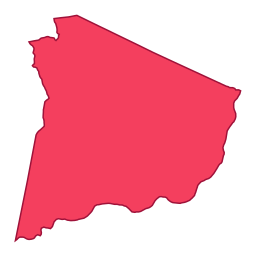 Barão de Grajaú, Maranhão, Brazil (Natural Earth projection)
{"feature_id": "56859067B33143624051874", "entity_name": "Barão de Grajaú", "entity_type": "district", "adm_level": 2, "iso_a3": "BRA", "parent_name": "Brazil", "parent_adm1": "Maranhão", "projection": "natural_earth1", "projection_center": [-43.215, -6.594], "detail": "fine", "context": "isolated", "style": "filled", "palette": "rose", "viewbox_px": 256, "rotation_deg": 0, "n_neighbors": 0, "source": "geoboundaries", "source_scale": "gbopen_adm2", "svg_char_len": 2718}
<svg xmlns="http://www.w3.org/2000/svg" viewBox="0 0 256 256"><path d="M234.8,88.5L232.8,87.7L229.6,87.6L228.2,86.7L226.2,86.2L205.4,76.6L172.2,61.3L152.8,52.3L141.2,46.6L139.8,45.9L112.1,32.5L110.1,31.5L107.2,30.1L98.2,25.8L76.9,15.4L75.0,15.7L68.9,16.9L61.3,17.7L54.0,18.6L54.3,20.8L54.7,22.1L55.7,23.5L56.3,25.6L56.9,27.9L57.1,30.2L56.9,32.2L57.6,33.5L59.2,34.3L58.5,35.8L58.6,37.2L57.9,38.6L56.9,39.5L56.0,40.5L54.9,39.7L54.3,38.2L53.2,37.8L49.9,37.4L48.6,36.7L47.2,36.6L46.1,36.9L44.6,37.5L43.5,37.7L41.7,38.0L40.5,38.5L39.5,39.6L38.2,40.2L36.2,40.5L33.4,41.0L29.0,41.9L30.0,43.7L31.1,44.8L32.6,45.8L34.0,48.2L33.9,49.9L33.4,51.6L33.1,52.9L34.6,54.7L34.9,56.1L34.2,58.9L34.4,61.5L34.4,63.7L33.3,64.5L32.4,65.7L33.6,67.0L35.3,67.2L36.9,68.0L37.6,69.9L38.7,71.4L38.9,73.3L39.9,76.6L40.6,77.8L41.8,79.2L42.2,81.5L42.6,83.7L43.5,85.6L44.5,87.1L45.3,89.0L46.4,91.1L47.2,94.3L48.2,95.7L49.0,98.2L47.8,99.4L46.6,100.1L44.9,101.8L44.6,103.4L43.7,108.4L43.4,109.7L43.4,111.9L43.2,115.1L43.1,117.6L43.8,119.5L44.1,121.2L44.1,122.7L44.3,124.6L44.2,126.3L40.3,129.9L39.2,130.7L38.1,131.8L37.1,133.1L36.1,135.0L27.4,181.0L15.4,240.6L17.0,239.4L17.9,238.4L19.0,237.5L20.0,237.1L22.6,237.1L24.0,237.3L26.6,238.8L28.1,239.3L29.4,239.4L31.7,239.1L33.6,238.5L34.5,237.8L35.6,236.0L37.7,234.7L40.2,235.7L41.1,234.5L41.4,232.8L40.9,229.9L41.4,228.2L43.8,227.1L46.0,227.8L48.1,228.0L50.5,228.6L52.4,226.6L54.1,221.8L56.3,219.4L58.4,218.7L62.1,219.4L64.8,219.1L67.3,220.1L70.8,220.6L74.7,220.4L77.3,219.9L78.4,219.4L81.5,218.7L83.9,218.2L86.5,216.6L87.5,215.9L89.5,213.8L90.5,212.8L91.8,211.3L94.6,206.2L96.9,204.8L98.8,204.7L102.2,203.9L108.3,203.3L110.0,203.4L114.5,204.3L117.1,204.3L119.5,204.9L122.4,205.0L124.2,205.9L126.1,206.3L128.8,208.6L132.0,211.9L134.9,212.3L136.4,211.9L138.7,211.9L140.7,211.4L145.8,208.6L148.8,207.8L150.6,206.8L152.3,205.4L155.1,200.6L156.8,198.8L159.5,196.7L161.5,196.6L163.0,197.0L165.2,197.1L166.7,197.8L168.1,199.7L169.7,201.0L171.1,201.9L172.8,202.6L175.6,202.9L177.6,203.1L178.7,203.2L180.2,203.3L181.8,202.8L183.1,202.6L184.7,202.3L186.5,201.7L188.5,200.8L189.7,200.3L190.8,199.2L192.0,198.2L194.5,195.5L194.9,194.1L195.7,192.2L196.6,189.1L197.4,186.8L197.7,185.5L199.2,183.6L201.1,181.7L204.0,180.6L205.7,179.5L208.7,178.5L210.7,177.1L213.9,173.3L217.2,168.0L218.7,165.3L220.0,163.8L221.2,163.1L222.0,161.9L223.4,155.7L224.1,154.2L224.2,152.3L223.5,150.7L222.9,147.7L223.7,144.9L224.7,143.0L225.9,139.0L227.2,130.9L228.2,129.2L229.8,126.7L231.6,124.3L232.6,122.8L233.8,121.8L235.3,118.8L235.8,116.7L235.7,113.5L234.1,109.4L233.7,107.4L233.7,103.1L234.7,100.8L237.1,98.4L238.6,95.7L239.7,94.1L240.6,90.8L238.8,89.9L235.7,89.9L234.8,88.5Z" fill="#f43f5e" stroke="#9f1239" stroke-width="1.5"/></svg>